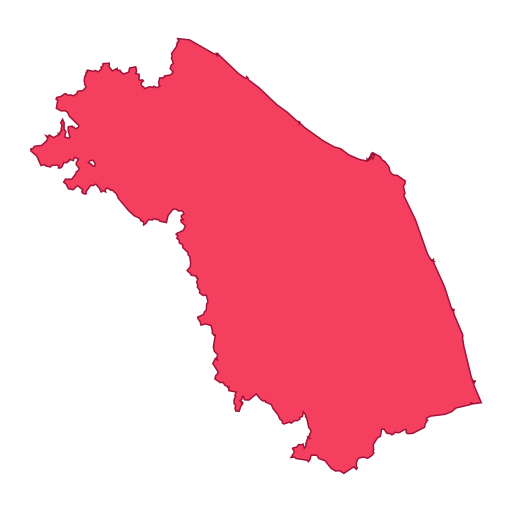 the district of Marche, Macerata, Italy
{"feature_id": "23120603B49951072422318", "entity_name": "Marche", "entity_type": "district", "adm_level": 2, "iso_a3": "ITA", "parent_name": "Italy", "parent_adm1": "Macerata", "projection": "equal_earth", "projection_center": [13.047, 43.328], "detail": "fine", "context": "isolated", "style": "filled", "palette": "rose", "viewbox_px": 512, "rotation_deg": 0, "n_neighbors": 0, "source": "geoboundaries", "source_scale": "gbopen_adm2", "svg_char_len": 5913}
<svg xmlns="http://www.w3.org/2000/svg" viewBox="0 0 512 512"><path d="M109.3,63.2L103.0,63.6L102.9,65.8L100.9,67.3L101.6,68.7L98.4,71.8L95.0,70.4L94.4,71.5L87.6,70.1L86.7,71.1L87.5,71.9L85.9,73.0L85.9,75.0L84.9,76.0L84.2,80.5L84.9,84.8L86.1,86.8L83.1,90.5L77.7,91.2L76.7,93.8L73.5,95.8L70.4,94.8L68.1,95.5L66.1,93.8L64.7,93.8L61.0,96.4L56.6,97.5L56.1,99.4L57.8,100.0L56.3,108.3L61.2,110.9L64.9,110.7L67.5,112.2L69.5,116.5L78.9,125.5L78.5,127.3L75.3,128.8L73.8,127.0L72.3,127.1L72.1,126.1L68.3,126.8L68.1,130.0L69.8,136.9L68.9,138.2L64.5,136.9L66.0,131.7L64.1,129.2L64.1,122.7L62.6,119.3L60.7,122.7L61.9,125.1L61.1,129.6L61.9,130.2L60.2,131.7L59.7,134.2L58.3,133.5L58.7,134.8L53.5,137.6L49.3,135.0L48.1,136.6L46.0,135.7L47.7,138.4L46.9,140.5L41.7,145.4L34.3,146.3L33.0,148.5L30.7,149.0L31.1,151.1L36.9,156.2L40.9,165.5L44.5,164.7L45.9,166.0L50.5,167.0L51.9,165.4L57.1,165.1L58.9,165.6L58.3,167.9L60.2,168.1L62.1,166.6L63.7,162.6L66.7,162.7L69.3,160.8L69.6,159.4L73.5,160.6L73.8,158.4L74.7,157.4L78.5,159.2L76.3,162.6L76.2,164.5L79.4,168.6L78.5,170.3L76.2,172.0L75.8,173.7L71.7,179.2L65.5,179.1L63.6,182.1L66.3,184.4L68.4,188.8L73.2,189.7L77.5,185.6L82.9,189.9L81.8,191.5L82.3,192.9L84.8,194.1L86.3,193.7L85.9,192.6L86.9,190.4L90.8,185.3L93.1,185.6L95.9,184.1L99.4,188.3L101.2,192.0L103.1,190.7L105.6,191.9L105.1,190.1L107.1,187.8L111.1,190.3L112.1,189.9L116.6,194.1L118.4,198.4L128.6,210.6L134.1,215.7L138.8,217.8L140.7,219.5L140.6,220.6L143.2,221.8L144.0,223.8L143.1,225.4L146.0,223.3L147.8,220.3L149.7,219.6L152.2,220.1L154.5,218.5L156.3,219.7L158.4,219.4L159.8,221.2L166.4,222.6L168.1,215.4L173.1,209.2L176.1,209.1L178.5,211.0L181.6,210.7L183.0,211.8L184.0,213.9L181.4,215.5L181.2,217.3L183.4,219.8L180.9,219.8L181.1,221.8L185.4,225.8L183.4,230.3L176.6,233.5L176.1,234.4L177.9,235.9L176.8,238.2L179.2,240.2L179.3,243.0L182.4,244.5L183.0,247.8L188.0,252.6L188.3,255.2L189.7,256.4L190.6,262.7L190.3,266.7L187.1,270.6L191.0,274.1L191.0,275.1L196.4,276.2L196.4,277.9L198.0,278.4L196.7,282.3L197.8,285.1L197.3,286.9L199.7,290.3L199.5,292.9L203.1,295.5L206.2,295.0L207.7,300.5L207.7,302.8L206.7,303.9L206.2,310.4L204.5,311.7L203.4,314.6L197.7,317.1L198.0,318.7L200.0,321.5L201.1,325.2L205.5,323.9L211.1,325.6L212.5,331.6L212.1,332.9L214.0,335.3L215.3,335.0L213.4,346.8L214.2,351.1L217.7,354.8L216.8,357.6L217.4,359.9L215.4,358.4L212.8,363.5L218.1,371.8L217.5,373.8L215.6,375.8L214.9,378.9L220.2,382.6L223.0,382.4L225.0,385.4L228.5,386.7L227.8,387.5L229.0,387.9L228.8,390.6L236.0,392.0L234.9,395.4L235.6,396.0L233.8,400.6L234.4,402.1L234.0,403.3L235.6,405.4L235.0,408.5L235.8,411.1L239.2,411.2L240.9,405.9L242.3,404.5L241.6,402.8L242.6,403.2L242.7,402.3L240.0,400.6L241.8,399.3L242.4,396.3L243.1,396.2L244.4,399.8L248.9,400.1L256.2,394.0L261.0,399.6L263.1,401.0L265.1,400.5L265.3,402.0L271.3,404.5L273.1,408.7L278.3,415.2L279.7,418.9L282.3,421.1L282.4,423.1L284.0,424.0L289.6,422.0L291.0,423.2L294.8,420.6L297.4,420.7L299.9,418.9L299.7,417.6L302.4,416.4L303.4,411.8L305.6,414.9L305.6,417.0L306.7,417.9L308.8,427.6L310.7,429.9L311.0,431.9L309.5,434.4L309.8,435.5L307.7,436.8L309.8,438.4L307.7,438.4L305.8,443.7L306.2,445.9L304.3,448.2L303.2,444.1L300.7,445.0L298.9,444.4L296.6,447.2L293.0,447.9L292.5,448.9L293.9,450.5L294.1,452.4L291.0,457.5L294.5,457.1L296.1,458.5L306.8,460.2L308.4,461.7L310.0,459.3L311.1,455.3L316.8,455.2L318.8,458.5L325.1,460.8L331.2,468.4L335.5,471.0L339.6,470.7L343.9,473.4L353.7,466.8L356.4,469.3L357.3,467.8L356.4,466.6L356.4,463.2L357.3,459.8L359.1,458.0L363.3,457.1L367.8,458.2L372.0,455.4L373.9,452.8L373.1,451.3L373.7,449.7L373.2,444.8L377.3,438.0L380.4,436.3L381.6,429.2L384.0,429.1L387.0,433.4L390.2,433.5L391.5,434.8L393.6,434.1L394.6,432.3L399.1,432.7L405.1,429.3L406.1,429.8L406.2,432.5L407.8,433.7L412.9,433.3L424.6,427.2L425.2,423.8L427.6,420.1L426.4,419.4L426.5,418.1L430.6,416.1L445.1,414.3L451.9,411.5L455.9,408.0L470.4,404.6L470.9,402.6L472.0,402.8L471.8,404.0L481.3,402.7L474.1,385.8L473.7,383.6L475.2,381.4L475.4,380.4L474.1,382.8L473.2,382.5L473.7,382.1L472.7,381.0L474.4,381.3L472.5,380.1L471.3,377.2L463.9,346.6L462.6,338.5L462.8,335.1L454.3,315.1L453.4,311.3L454.0,310.6L454.0,309.4L453.6,308.9L453.9,310.5L453.2,311.2L453.6,310.6L452.5,310.3L453.6,309.8L451.4,308.2L444.5,286.7L433.8,263.0L433.3,261.3L433.7,261.1L433.5,259.6L432.9,260.5L433.6,261.1L432.1,260.9L432.9,260.0L430.7,259.5L427.6,254.2L415.5,219.9L404.1,196.3L404.0,194.6L405.0,193.6L403.4,186.4L405.0,183.6L405.2,180.9L397.0,175.2L394.5,175.3L391.7,173.8L389.9,171.3L389.0,167.0L384.9,161.6L381.9,159.7L380.3,156.8L372.6,152.6L371.7,153.4L373.5,154.5L371.4,154.5L371.2,154.6L370.3,154.6L374.2,155.5L372.9,158.8L371.3,155.6L371.5,156.4L370.7,155.7L369.1,158.0L370.0,157.4L370.8,157.8L370.0,158.3L370.9,159.3L369.9,158.7L369.0,159.9L368.3,159.2L369.1,158.4L366.8,159.4L368.1,159.3L368.8,160.0L367.8,160.7L367.1,159.7L367.2,161.0L360.0,159.7L348.7,154.8L340.7,148.7L334.1,146.9L322.5,140.4L304.6,127.5L299.7,122.9L299.9,121.8L299.1,123.5L298.8,122.2L299.4,122.2L299.3,122.4L299.2,123.1L299.7,122.0L296.8,120.9L287.1,112.1L276.7,104.6L259.1,87.8L249.5,80.6L247.8,78.9L247.9,77.7L246.5,76.6L246.0,78.2L245.0,78.2L238.6,73.7L218.1,54.2L218.0,53.3L217.3,56.4L217.8,53.5L216.5,53.4L217.0,54.4L217.0,56.4L216.4,54.0L214.3,54.1L189.6,39.9L177.6,38.6L178.8,41.1L177.2,42.7L177.7,43.2L176.7,44.5L176.6,46.4L171.5,53.7L172.3,56.1L171.4,58.1L173.4,63.3L171.2,65.1L170.2,68.6L173.2,72.0L170.5,75.0L164.6,75.9L163.5,77.9L159.7,77.9L158.7,82.3L159.1,85.5L160.0,86.1L157.2,87.7L153.8,86.2L152.8,87.3L149.7,86.7L144.5,88.6L143.6,86.9L142.0,86.4L141.0,83.4L143.4,80.7L142.1,79.8L139.9,80.4L138.7,78.7L139.4,76.9L139.1,74.3L135.7,73.7L136.6,71.0L135.7,66.8L129.6,68.0L128.7,72.1L123.3,74.1L121.3,71.9L120.3,71.9L120.2,70.4L117.5,70.3L117.2,68.4L112.3,70.9L109.1,66.7L109.3,63.2ZM92.8,160.2L95.3,163.5L94.6,166.2L92.8,166.1L91.5,164.3L88.3,162.6L90.7,160.4L92.8,160.2Z" fill="#f43f5e" stroke="#9f1239" stroke-width="1.5"/></svg>